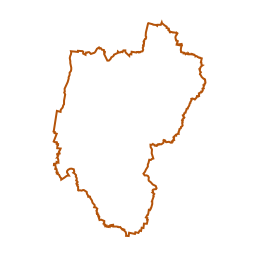 the district of Sam Chuk, Suphan Buri, Thailand, rotated 94°
{"feature_id": "78962969B87742796188893", "entity_name": "Sam Chuk", "entity_type": "district", "adm_level": 2, "iso_a3": "THA", "parent_name": "Thailand", "parent_adm1": "Suphan Buri", "projection": "orthographic", "projection_center": [100.056, 14.761], "detail": "fine", "context": "isolated", "style": "outline", "palette": "amber", "viewbox_px": 256, "rotation_deg": 94, "n_neighbors": 0, "source": "geoboundaries", "source_scale": "gbopen_adm2", "svg_char_len": 5743}
<svg xmlns="http://www.w3.org/2000/svg" viewBox="0 0 256 256"><g transform="rotate(94 128 128)"><path d="M53.4,59.3L53.0,61.5L52.8,61.4L52.4,63.4L51.9,63.7L51.4,65.2L51.6,65.5L51.3,65.5L50.6,67.1L50.3,67.1L50.2,68.5L49.9,68.4L49.7,69.0L49.6,69.8L50.0,69.8L50.2,72.4L49.9,72.3L49.4,72.9L50.2,72.9L49.9,74.7L49.6,74.8L50.3,75.7L49.6,76.0L49.7,77.6L49.0,77.5L48.6,80.3L46.3,80.8L44.4,80.7L42.7,80.4L41.8,79.9L40.4,80.4L40.8,82.1L41.9,82.1L41.5,85.3L41.1,85.2L41.0,84.5L40.4,84.4L40.2,85.1L37.9,84.4L37.4,86.1L36.6,86.1L36.3,86.5L34.5,87.0L33.2,86.9L32.0,86.2L30.9,86.1L31.0,85.7L30.1,85.3L29.6,86.1L30.0,86.2L29.6,87.1L29.4,89.8L29.6,89.9L29.2,91.3L29.3,92.5L29.6,92.6L29.6,92.9L28.5,93.1L27.7,94.4L26.9,94.0L26.2,94.2L26.2,94.6L25.9,94.6L25.5,96.5L24.2,96.5L23.3,98.3L21.1,101.4L20.3,101.7L22.8,102.5L23.0,105.9L24.0,106.1L23.6,106.7L23.3,106.7L23.2,110.1L22.8,110.5L22.0,115.0L22.5,115.3L31.5,116.8L35.0,116.8L35.6,116.3L36.9,116.2L37.9,116.6L37.9,117.2L40.4,118.4L40.8,118.0L41.2,118.3L41.6,118.0L43.1,117.9L43.4,118.3L44.5,118.8L45.4,118.6L45.4,118.2L47.0,118.9L48.9,118.3L50.5,118.9L50.9,120.4L51.6,121.2L51.8,122.1L51.4,122.1L51.4,122.9L51.6,124.6L52.1,124.8L51.7,129.7L54.3,129.8L54.1,130.8L55.0,131.8L55.9,131.8L53.0,135.4L51.8,136.1L50.8,136.1L50.9,138.0L52.7,138.8L52.4,140.0L53.1,141.0L53.3,142.2L52.4,143.4L53.9,143.5L55.8,147.1L56.6,147.2L57.5,147.9L58.7,149.6L60.1,150.1L61.4,151.1L62.1,151.8L62.2,153.3L55.8,157.0L54.8,156.9L54.6,156.4L53.6,156.4L53.5,157.3L51.9,157.5L51.7,159.5L50.2,160.8L50.7,162.0L49.7,162.6L51.2,164.5L54.3,165.9L55.3,166.8L56.7,170.2L55.1,171.9L55.1,173.1L55.8,174.3L55.6,175.0L56.7,175.5L57.9,175.5L56.9,177.9L55.0,178.0L54.5,178.7L54.5,183.3L55.6,183.3L55.4,190.3L56.7,189.9L58.7,190.1L59.9,190.6L62.3,191.0L65.4,190.2L67.3,190.1L71.8,188.8L73.6,188.7L75.1,188.9L76.9,190.1L79.1,189.9L81.6,190.8L82.7,190.6L86.5,191.4L93.3,194.0L96.1,193.6L96.9,194.1L99.0,193.0L105.0,193.7L108.8,193.5L109.9,194.2L112.1,194.6L114.4,196.3L116.6,196.4L115.9,200.1L135.9,201.8L136.6,202.1L136.9,202.0L137.2,200.7L138.2,200.9L138.7,198.7L146.7,201.2L147.2,200.1L147.1,198.0L147.3,197.9L147.7,198.3L148.9,198.1L148.9,196.6L149.8,196.6L149.8,197.2L153.1,197.2L153.2,193.8L154.7,194.3L156.3,195.2L158.3,194.4L158.9,195.6L158.2,195.9L159.0,196.9L159.9,196.6L160.6,195.7L162.3,196.6L162.2,196.2L164.7,195.3L167.4,195.0L166.9,196.8L168.3,196.8L168.9,199.3L170.1,199.3L169.8,198.4L170.7,197.8L172.8,197.2L173.3,197.7L174.0,197.7L174.1,196.4L175.7,196.0L177.2,196.2L177.3,195.3L178.3,195.6L178.3,194.9L178.8,195.0L179.5,193.5L181.9,192.2L182.6,191.3L184.2,191.0L181.9,187.9L180.1,185.9L179.6,184.6L179.6,183.6L176.6,185.7L175.3,185.8L173.8,184.8L172.7,183.0L172.5,181.3L173.0,179.2L175.2,178.6L175.8,178.8L176.4,179.4L176.8,178.5L178.7,176.5L180.2,176.7L181.1,175.9L182.4,175.5L184.0,176.0L184.4,175.2L185.4,174.5L186.9,175.6L187.5,175.4L187.9,174.3L189.1,174.7L189.9,173.7L193.6,173.4L193.8,173.0L193.5,171.6L193.7,169.8L193.0,168.5L193.0,167.7L194.7,164.7L196.4,164.4L198.2,163.1L199.4,162.9L199.4,162.4L198.9,161.5L199.1,161.1L200.4,160.8L202.7,159.0L205.0,158.2L207.2,155.9L208.2,155.8L209.4,156.2L209.5,154.5L210.7,153.0L212.4,153.6L212.4,153.3L215.0,153.2L215.0,152.7L216.1,152.8L216.3,151.7L217.5,151.7L217.6,151.1L218.7,150.8L218.7,150.5L219.1,150.5L219.2,151.0L221.8,150.0L221.3,148.5L222.4,145.2L223.6,145.1L225.2,145.7L225.9,144.1L226.4,144.4L226.6,143.8L227.5,143.8L227.1,142.4L227.9,142.4L228.1,140.4L227.2,140.2L227.1,139.5L227.4,139.2L226.3,139.0L226.1,138.3L227.0,138.1L227.0,137.4L225.9,137.4L225.6,136.1L227.3,135.8L227.1,132.7L227.2,131.2L227.5,131.1L227.6,130.0L227.3,128.9L229.7,126.6L229.2,126.1L229.6,124.7L230.3,125.0L231.9,123.1L232.6,122.8L234.7,122.3L235.7,122.4L235.7,119.8L232.4,119.6L233.2,113.7L231.5,113.4L231.9,110.3L229.5,109.2L229.8,107.8L226.5,107.4L226.7,105.6L222.3,105.4L222.2,102.5L218.3,101.9L218.2,102.6L216.5,102.4L216.0,103.9L213.4,102.6L213.4,102.2L212.0,101.8L208.2,101.5L208.4,100.4L206.9,99.9L207.0,99.7L205.6,99.2L202.1,98.5L199.4,98.7L199.4,99.0L194.4,97.6L194.1,98.0L193.3,98.0L192.0,97.2L190.6,99.1L190.2,98.5L188.5,99.1L187.9,98.8L187.4,97.8L187.0,95.8L186.1,95.3L183.9,96.3L182.6,99.4L180.6,101.4L179.2,103.5L178.3,103.9L175.9,103.8L174.6,104.6L174.0,106.0L174.1,108.1L172.5,109.4L170.4,108.0L168.2,107.2L165.1,105.5L163.0,105.7L161.4,105.1L158.2,104.6L158.3,103.0L157.3,102.1L156.7,100.6L151.6,102.6L147.7,102.6L145.4,104.1L143.1,104.4L143.1,103.1L142.2,102.1L142.8,101.4L142.9,100.3L143.7,100.1L143.9,98.1L143.5,97.7L142.8,97.8L142.2,97.1L142.4,96.5L142.0,96.3L141.8,95.7L142.2,95.1L141.9,94.8L141.9,93.5L140.3,91.7L139.2,91.5L137.8,91.8L137.4,91.4L137.9,90.0L139.1,89.5L139.5,88.9L138.9,86.2L139.7,84.2L139.5,83.2L138.4,83.3L138.4,82.5L137.7,82.5L136.8,81.1L136.4,81.3L136.3,81.9L134.7,81.3L134.0,82.0L132.1,80.3L132.2,79.5L131.3,79.6L130.5,78.0L130.1,77.8L130.2,77.1L129.2,77.3L128.6,77.0L128.1,77.2L126.6,76.6L125.6,76.7L124.6,75.3L123.2,75.2L122.6,74.3L121.7,73.7L119.3,74.3L118.8,73.9L118.1,74.3L117.0,73.8L116.5,74.6L115.5,74.2L115.0,73.5L114.1,73.3L114.0,72.7L113.6,72.5L112.3,73.8L111.5,74.2L110.8,73.1L109.4,72.9L108.6,71.6L107.7,71.7L106.6,71.1L104.9,70.9L104.4,69.7L103.6,69.7L101.4,68.5L99.1,68.1L98.6,67.5L97.8,67.6L95.9,66.6L94.5,66.9L94.1,65.8L94.4,65.2L94.3,64.4L94.9,63.3L92.8,61.7L91.3,61.4L91.3,60.8L91.7,60.2L91.2,59.3L90.0,59.6L89.4,59.3L88.5,59.7L87.8,58.7L87.5,57.6L86.6,57.5L86.6,56.6L85.1,56.0L83.6,56.4L83.2,55.2L82.3,55.6L80.8,55.2L80.0,55.7L79.4,54.6L78.3,54.7L78.0,54.1L77.5,53.9L76.3,54.1L75.6,54.5L75.2,54.3L74.4,54.5L73.7,55.1L73.7,55.9L71.9,58.1L70.2,59.1L69.4,60.0L68.1,59.8L67.3,59.2L66.3,60.1L64.5,60.8L64.5,60.3L62.7,60.1L61.3,59.2L60.3,58.0L60.1,59.0L57.6,59.4L57.5,59.9L53.4,59.3Z" fill="none" stroke="#b45309" stroke-width="2"/></g></svg>